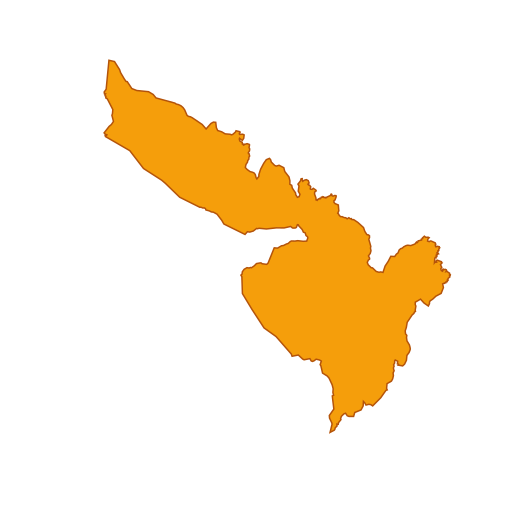 Afadzato South, Volta, Ghana (Albers equal-area conic projection), rotated 105°
{"feature_id": "2480657B45105521184723", "entity_name": "Afadzato South", "entity_type": "district", "adm_level": 2, "iso_a3": "GHA", "parent_name": "Ghana", "parent_adm1": "Volta", "projection": "albers", "projection_center": [0.395, 6.876], "detail": "fine", "context": "isolated", "style": "filled", "palette": "amber", "viewbox_px": 512, "rotation_deg": 105, "n_neighbors": 0, "source": "geoboundaries", "source_scale": "gbopen_adm2", "svg_char_len": 6035}
<svg xmlns="http://www.w3.org/2000/svg" viewBox="0 0 512 512"><g transform="rotate(105 256 256)"><path d="M193.5,93.5L193.3,94.5L194.0,96.9L193.3,98.5L195.5,99.9L196.0,99.6L197.0,100.7L197.8,100.3L199.4,103.3L200.8,103.4L201.5,103.9L201.0,104.6L203.3,105.6L205.9,109.2L206.3,112.2L207.0,113.6L208.8,115.6L210.6,116.8L211.4,118.1L213.2,119.3L216.2,119.6L217.9,120.9L220.6,121.9L221.4,125.7L226.9,126.9L232.3,128.7L239.0,129.1L239.1,131.4L239.9,133.0L239.8,135.9L237.3,140.4L237.5,141.7L235.4,145.4L233.3,146.9L230.8,146.4L229.7,145.5L228.7,145.7L226.8,147.4L223.9,146.3L221.2,146.3L218.7,147.5L217.0,147.6L210.6,151.4L208.9,151.1L207.1,151.6L206.5,152.9L206.7,154.2L206.3,154.8L204.0,157.3L200.7,159.5L197.2,166.3L195.6,171.0L196.0,172.8L195.2,173.6L195.7,174.5L195.0,176.2L196.5,177.6L195.8,179.2L196.1,180.7L195.7,183.0L196.1,184.4L195.2,186.1L193.9,187.3L193.6,188.1L190.9,187.7L185.4,189.7L184.9,193.2L184.0,194.6L182.3,195.0L181.5,194.2L178.0,193.9L177.0,194.3L177.2,195.7L178.1,196.8L178.2,197.7L178.0,198.4L176.9,198.7L176.7,199.4L178.4,199.9L180.6,202.6L181.4,203.0L181.7,203.6L181.3,203.7L182.0,205.3L181.4,205.9L181.4,206.8L182.0,206.8L182.2,208.1L183.8,208.5L183.7,209.2L184.3,209.3L184.5,210.2L185.3,210.6L185.5,211.2L186.4,211.3L186.3,212.5L184.3,213.2L181.0,215.5L179.0,215.9L177.5,214.7L176.8,215.3L175.8,218.2L177.1,219.0L177.4,220.7L176.7,221.1L175.0,221.0L173.7,222.7L173.8,223.6L173.2,224.4L171.7,223.6L169.7,225.0L169.2,227.1L170.3,229.0L171.7,230.2L170.2,231.3L169.3,231.4L169.4,231.7L169.7,232.4L172.0,232.5L175.7,234.1L177.3,232.6L182.4,232.0L185.0,229.5L187.5,229.7L188.6,231.2L186.5,233.5L184.9,234.1L181.0,238.5L178.5,239.8L177.9,241.9L174.6,242.7L171.1,244.6L166.9,250.1L163.5,252.0L162.4,257.2L163.9,259.7L163.7,261.4L161.3,265.5L159.1,266.9L158.2,268.3L160.3,271.0L164.4,272.5L170.9,274.0L176.4,274.3L178.5,273.9L181.3,275.1L180.3,276.2L177.6,277.7L176.4,279.1L176.0,280.9L176.0,283.6L174.7,287.0L173.3,289.2L170.3,289.4L167.5,288.5L166.0,288.7L164.4,288.0L162.4,288.4L161.1,288.0L159.0,289.2L159.0,289.8L158.2,290.2L156.1,289.5L154.2,289.8L153.1,290.8L150.3,291.0L149.9,291.5L149.8,293.7L151.1,295.8L152.6,297.0L151.1,296.5L151.4,298.1L149.9,298.7L149.1,301.4L147.4,302.4L146.5,302.4L147.9,299.1L145.5,298.3L142.1,298.8L141.8,300.3L142.8,303.3L142.3,303.8L140.5,303.4L140.1,303.8L140.2,307.7L141.7,308.0L144.5,309.9L145.3,311.0L145.1,312.5L146.0,317.4L144.9,321.3L144.7,325.5L142.3,327.5L137.3,329.5L137.7,331.8L139.6,333.8L146.2,337.1L142.9,342.0L139.0,353.2L138.5,355.3L138.6,357.4L138.0,359.0L133.2,362.8L131.5,364.9L130.3,367.4L129.8,370.2L129.9,372.3L129.3,373.9L129.2,393.5L126.6,397.1L125.1,402.3L127.0,414.0L126.4,419.3L120.9,425.5L121.0,426.8L118.9,429.2L114.0,434.2L111.3,436.0L104.8,443.0L105.0,448.7L133.7,443.9L136.9,445.1L138.5,444.4L138.3,443.3L139.5,443.6L140.4,443.1L140.5,442.4L142.2,442.0L142.7,440.3L151.6,432.2L155.6,431.5L157.4,431.6L162.9,428.5L166.4,429.7L168.8,431.4L176.4,434.6L177.4,433.1L177.5,431.4L178.1,431.5L178.0,432.5L178.5,433.0L179.6,432.3L186.9,405.2L200.6,387.3L207.2,366.7L209.3,362.3L219.0,344.9L223.5,322.8L223.1,321.9L223.4,319.6L222.9,318.6L223.3,317.1L224.5,316.3L224.5,312.7L225.0,310.6L224.7,308.5L225.7,304.4L230.4,298.3L233.4,295.3L234.2,291.4L238.0,272.2L234.8,270.6L234.5,268.2L232.6,265.1L229.2,262.5L229.3,261.7L228.4,260.2L227.2,253.0L223.5,243.5L221.6,236.1L218.5,230.2L219.5,228.0L219.2,226.5L218.6,225.0L217.8,224.4L215.0,224.1L214.9,223.2L215.8,222.5L218.5,218.2L220.7,216.4L220.9,214.5L223.3,213.0L224.0,211.3L225.1,210.6L228.5,210.9L229.6,214.3L230.4,219.7L231.5,222.2L232.3,225.6L233.1,226.6L235.6,228.2L236.5,229.7L238.7,232.1L239.6,234.1L242.8,237.2L243.4,240.5L259.7,242.5L261.3,243.5L261.9,248.2L261.4,249.0L261.5,250.0L263.2,253.6L265.9,255.1L268.5,257.3L268.5,258.3L269.4,259.6L269.6,261.7L271.9,264.0L274.7,265.1L277.2,264.8L278.0,265.5L278.6,265.5L279.6,264.3L295.8,259.4L308.5,246.2L323.4,229.6L328.6,215.8L341.5,196.6L343.5,195.2L340.7,189.5L343.5,184.2L343.8,182.7L341.2,177.4L343.1,175.5L343.2,174.1L342.2,172.8L340.1,171.2L340.0,167.7L340.6,165.7L344.4,165.9L345.3,164.9L351.9,161.4L353.5,156.1L355.1,153.8L360.7,149.1L364.3,147.1L367.9,146.4L370.5,145.0L371.4,146.1L383.7,141.2L391.1,143.9L393.6,143.0L397.7,139.5L398.9,139.0L407.2,138.8L404.1,135.4L403.2,135.0L401.3,135.0L399.5,133.8L397.5,134.3L397.7,133.5L397.3,133.0L395.7,133.2L392.1,131.6L391.1,132.2L388.7,132.0L385.8,130.3L384.7,128.8L386.7,126.5L386.9,124.7L385.7,120.2L381.6,120.1L377.5,114.7L373.1,113.7L368.7,114.6L369.9,112.7L371.5,111.2L370.0,108.5L369.9,106.5L370.6,104.5L360.6,98.8L352.1,95.7L351.4,94.6L350.1,95.6L345.4,96.4L341.8,92.8L339.4,92.2L336.0,92.3L333.5,93.3L331.1,92.9L329.5,93.9L328.3,94.3L326.7,94.1L325.5,94.9L323.6,94.4L321.3,94.9L320.4,94.6L321.0,91.9L323.6,91.5L323.6,90.4L324.1,90.0L324.6,90.3L324.2,85.9L322.0,84.5L317.8,83.7L313.0,84.5L309.7,83.2L307.5,82.9L305.9,82.9L304.3,83.6L302.2,84.8L298.9,88.2L295.9,89.5L293.6,89.8L292.5,91.4L289.7,92.5L286.1,92.3L280.9,92.8L272.5,89.9L270.6,88.6L269.2,88.5L268.3,87.6L267.1,88.2L263.0,88.6L261.7,89.6L259.4,90.2L255.1,85.9L257.9,81.6L259.7,76.6L257.2,76.1L255.4,76.5L254.2,76.1L251.9,74.1L248.2,71.8L244.2,67.5L238.0,66.8L234.6,68.5L233.5,67.2L233.6,66.7L232.9,66.4L232.7,65.8L232.2,66.0L231.7,65.6L231.6,64.9L230.6,64.6L229.9,65.0L229.5,64.2L228.8,64.7L227.7,64.5L226.0,63.3L224.6,64.1L224.3,63.4L223.8,63.4L223.2,64.4L222.5,64.6L221.4,67.8L221.8,68.4L220.7,68.1L220.1,68.6L219.9,69.9L220.8,71.2L220.2,71.6L220.4,72.1L222.4,71.9L222.1,73.2L220.5,74.2L218.9,73.6L216.6,75.6L214.5,74.5L214.3,75.2L213.5,75.4L213.1,80.0L214.2,80.7L215.2,79.9L215.6,80.8L215.5,81.6L216.3,81.9L212.1,82.7L211.1,82.5L211.1,81.6L209.0,82.0L209.2,81.3L208.2,81.6L207.4,81.0L207.2,81.7L206.6,81.1L206.2,81.5L206.2,80.8L205.7,81.4L204.8,81.6L203.9,81.1L203.6,81.5L203.1,80.9L202.3,81.2L200.6,80.7L200.6,81.2L199.6,81.4L199.7,83.4L200.6,84.6L200.4,84.9L199.0,85.7L198.6,85.3L198.0,85.5L196.9,86.3L196.2,90.7L196.4,91.6L197.3,92.4L197.2,94.1L195.3,94.4L193.5,93.5Z" fill="#f59e0b" stroke="#b45309" stroke-width="1.5"/></g></svg>